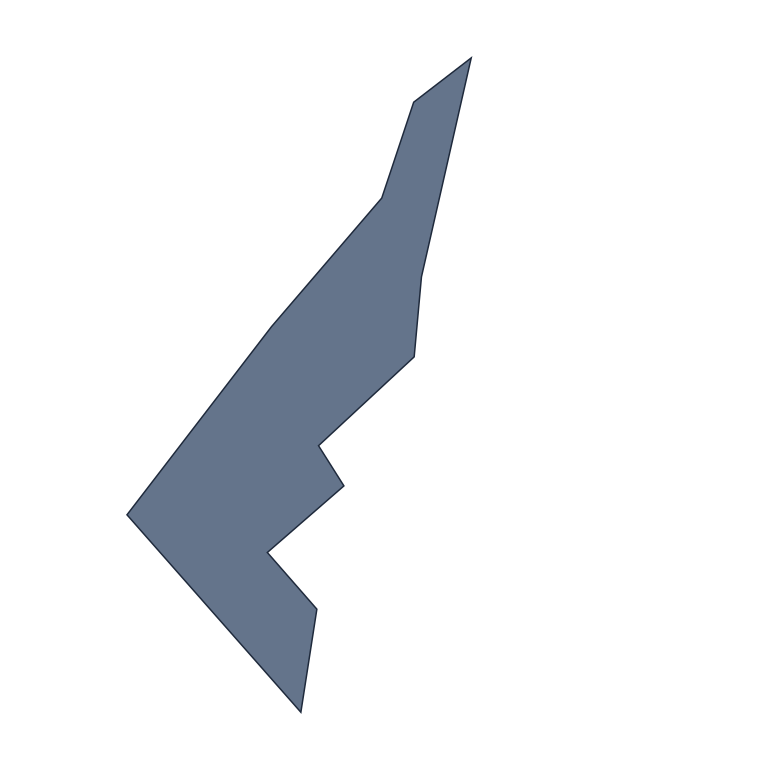 map outline of South Hill (Natural Earth projection), rotated 319°
{"feature_id": "AIA-5122", "entity_name": "South Hill", "entity_type": "District", "adm_level": 1, "iso_a3": "AIA", "parent_name": "Anguilla", "parent_adm1": "", "projection": "natural_earth1", "projection_center": [-63.095, 18.202], "detail": "fine", "context": "isolated", "style": "filled", "palette": "slate", "viewbox_px": 768, "rotation_deg": 319, "n_neighbors": 0, "source": "natural_earth", "source_scale": "10m", "svg_char_len": 351}
<svg xmlns="http://www.w3.org/2000/svg" viewBox="0 0 768 768"><g transform="rotate(319 384 384)"><path d="M104.2,314.1L336.8,266.9L504.3,242.2L531.6,226.1L591.3,190.8L663.8,195.1L560.8,270.5L482.6,327.7L424.6,383.3L294.1,387.6L286.9,434.6L185.4,434.6L185.6,509.9L105.9,577.2L104.2,314.1Z" fill="#64748b" stroke="#1e293b" stroke-width="1.5"/></g></svg>